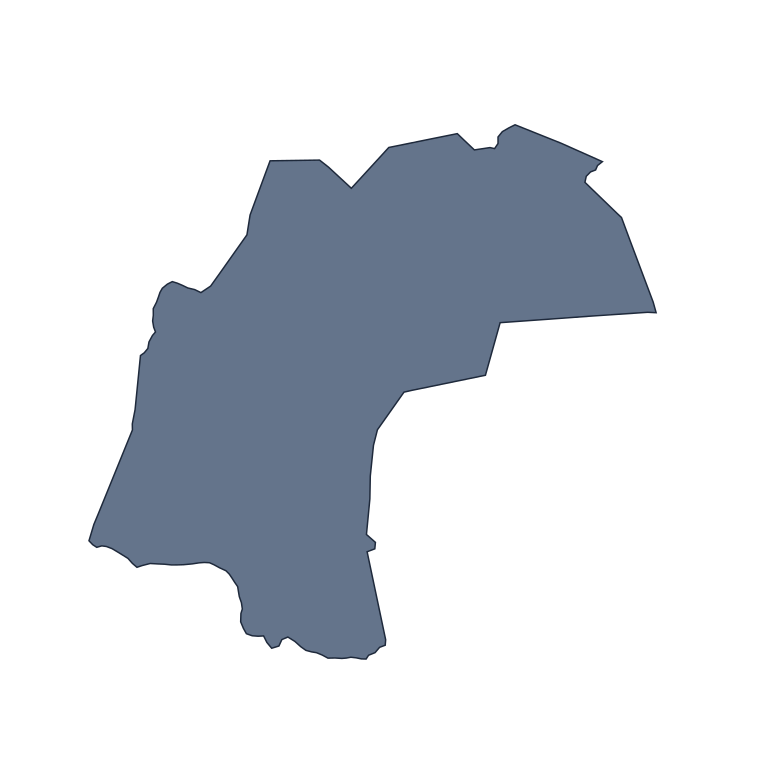 Alagoinhas, Bahia, Brazil (orthographic projection), rotated 195°
{"feature_id": "56859067B11961030352973", "entity_name": "Alagoinhas", "entity_type": "district", "adm_level": 2, "iso_a3": "BRA", "parent_name": "Brazil", "parent_adm1": "Bahia", "projection": "orthographic", "projection_center": [-38.386, -12.106], "detail": "fine", "context": "isolated", "style": "filled", "palette": "slate", "viewbox_px": 768, "rotation_deg": 195, "n_neighbors": 0, "source": "geoboundaries", "source_scale": "gbopen_adm2", "svg_char_len": 1874}
<svg xmlns="http://www.w3.org/2000/svg" viewBox="0 0 768 768"><g transform="rotate(195 384 384)"><path d="M628.4,156.2L623.8,153.4L619.2,151.9L614.7,154.6L610.1,155.2L604.2,154.6L597.8,152.8L592.1,151.1L586.2,149.3L580.6,145.6L575.2,143.0L570.5,146.1L563.4,150.1L555.3,151.8L549.5,153.1L542.6,154.2L537.4,155.6L530.8,157.6L522.7,160.6L516.3,163.4L511.4,165.1L506.3,166.2L501.4,165.4L495.2,163.9L488.3,162.7L484.2,160.3L480.5,157.1L477.0,153.9L472.9,150.4L470.9,145.9L468.7,141.1L465.1,135.8L462.6,130.0L462.8,125.3L460.9,117.2L456.5,111.5L452.3,107.2L446.2,106.7L440.3,107.8L435.1,109.5L430.2,104.0L424.1,99.7L417.7,103.7L416.5,110.7L411.4,114.7L403.5,112.3L396.4,108.7L390.5,106.5L384.6,106.5L379.7,107.0L373.5,106.2L367.2,104.7L360.3,106.7L353.7,108.0L349.5,109.5L345.3,111.5L340.0,112.3L334.8,112.6L330.1,113.7L328.7,118.0L323.1,122.2L320.1,128.5L315.2,132.0L316.2,137.4L356.9,217.6L350.2,222.4L351.3,228.8L362.0,234.1L367.9,269.3L373.4,291.5L378.3,322.1L378.5,338.1L362.6,381.3L355.2,385.2L288.3,418.7L287.7,473.3L240.3,489.7L202.1,503.0L147.9,521.5L139.6,523.3L145.2,532.8L183.5,586.3L197.7,606.3L202.8,609.0L242.1,630.8L242.4,637.0L239.4,642.3L235.0,645.5L234.3,650.3L230.6,655.3L275.2,662.4L324.5,668.3L329.6,663.8L335.0,658.4L337.8,652.1L336.1,645.8L338.1,640.0L342.8,639.8L357.3,633.5L370.2,640.5L378.0,644.8L389.3,639.2L400.4,633.7L440.6,613.7L449.6,596.4L466.2,564.6L493.7,579.1L504.2,583.6L551.8,570.1L553.0,557.3L557.1,512.6L555.0,492.6L562.3,472.8L570.7,450.0L576.8,433.7L584.5,424.9L591.3,426.2L598.4,426.0L604.1,427.1L609.7,427.9L615.0,428.1L619.1,424.4L622.9,419.1L624.1,414.5L624.4,409.7L624.9,404.1L626.4,397.1L624.6,390.6L623.8,385.0L621.2,379.3L618.2,375.1L620.2,371.0L621.9,363.8L621.3,357.2L623.7,352.0L626.6,348.5L617.8,294.8L616.8,280.3L615.1,274.5L626.5,183.7L627.9,173.3L628.4,156.2Z" fill="#64748b" stroke="#1e293b" stroke-width="1.5"/></g></svg>